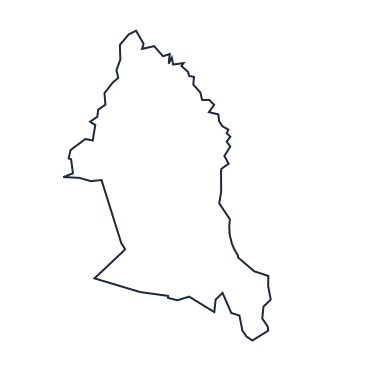 the district of Richland, South Carolina, United States of America, rotated 206°
{"feature_id": "52423323B12098340912267", "entity_name": "Richland", "entity_type": "district", "adm_level": 2, "iso_a3": "USA", "parent_name": "United States of America", "parent_adm1": "South Carolina", "projection": "equal_earth", "projection_center": [-80.92, 34.006], "detail": "fine", "context": "isolated", "style": "outline", "palette": "slate", "viewbox_px": 384, "rotation_deg": 206, "n_neighbors": 0, "source": "geoboundaries", "source_scale": "gbopen_adm2", "svg_char_len": 1305}
<svg xmlns="http://www.w3.org/2000/svg" viewBox="0 0 384 384"><g transform="rotate(206 192 192)"><path d="M241.8,71.6L215.0,76.0L194.9,79.3L168.0,88.1L167.1,86.3L157.7,88.3L148.7,96.7L119.3,93.8L123.6,105.6L120.3,114.7L103.7,100.5L95.2,101.7L85.9,89.5L79.6,86.0L72.6,85.0L62.7,100.8L64.9,104.2L73.4,109.1L77.5,120.3L74.3,129.0L74.2,130.0L82.3,140.8L86.6,150.0L101.3,148.0L117.5,152.2L122.1,153.4L122.7,154.9L129.1,159.2L133.7,163.3L138.6,169.1L139.9,171.0L143.6,177.7L145.9,184.0L162.6,193.8L165.9,205.0L175.1,223.6L175.7,225.6L175.7,225.8L171.5,233.4L178.7,238.6L177.5,249.6L182.9,252.5L181.8,258.5L186.5,260.0L186.7,264.0L193.5,264.4L198.7,267.6L202.3,273.3L211.8,271.2L210.3,280.0L216.8,282.3L223.3,279.2L228.1,285.1L237.9,289.1L240.7,296.3L245.4,295.0L248.2,298.2L256.7,300.6L256.1,304.2L264.8,298.3L269.1,303.9L269.2,297.1L272.5,306.2L277.6,301.3L290.0,306.5L299.6,298.7L300.5,304.0L313.0,312.4L318.0,305.8L321.3,292.6L314.5,279.7L313.3,268.3L308.3,262.2L311.2,255.7L314.0,242.5L308.1,232.5L312.4,225.0L310.1,218.1L314.4,210.5L308.3,209.8L303.8,194.8L311.1,192.9L319.5,176.6L317.6,168.1L315.0,168.4L307.2,156.6L314.2,149.0L299.5,155.3L287.7,157.4L278.6,163.1L259.2,142.6L243.8,126.3L233.0,114.9L227.1,111.4L227.6,109.2L236.6,85.3L241.8,71.6Z" fill="none" stroke="#1e293b" stroke-width="2"/></g></svg>